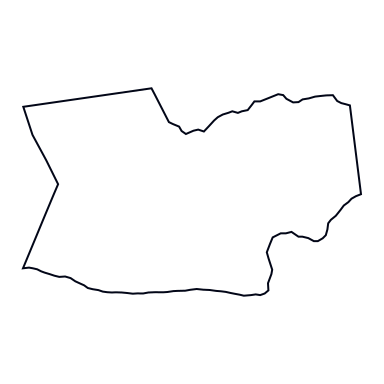 São José da Lagoa Tapada, Paraíba, Brazil
{"feature_id": "56859067B38377179497869", "entity_name": "São José da Lagoa Tapada", "entity_type": "district", "adm_level": 2, "iso_a3": "BRA", "parent_name": "Brazil", "parent_adm1": "Paraíba", "projection": "robinson", "projection_center": [-38.124, -6.942], "detail": "fine", "context": "isolated", "style": "outline", "palette": "ink", "viewbox_px": 384, "rotation_deg": 0, "n_neighbors": 0, "source": "geoboundaries", "source_scale": "gbopen_adm2", "svg_char_len": 1577}
<svg xmlns="http://www.w3.org/2000/svg" viewBox="0 0 384 384"><path d="M251.0,295.1L255.7,294.4L260.2,295.1L264.7,293.5L268.4,290.4L268.0,283.2L271.4,274.1L272.2,269.7L268.6,258.6L266.8,252.3L270.0,243.9L272.7,237.4L280.8,233.3L286.0,233.3L291.5,231.9L298.5,236.7L302.5,236.7L308.3,238.1L313.8,241.1L317.9,241.1L322.7,238.3L325.8,235.2L327.4,229.5L328.2,223.3L330.9,219.8L335.8,215.8L340.3,210.2L343.8,205.5L348.4,202.1L351.5,198.7L355.9,196.2L361.0,194.2L349.9,105.4L345.6,104.2L341.3,103.1L337.2,101.0L332.9,95.2L326.2,95.4L320.4,96.0L315.1,96.6L308.8,98.4L302.6,99.4L298.5,102.1L293.1,102.4L286.4,98.8L283.2,95.1L278.2,94.2L267.0,98.7L260.2,101.4L254.4,101.4L251.8,104.9L247.7,110.1L241.8,111.3L237.9,112.9L232.3,111.3L228.4,112.8L222.8,114.5L217.8,117.2L214.1,120.5L208.8,126.3L203.9,131.5L198.2,129.6L193.5,130.7L185.9,134.0L181.6,131.0L179.1,126.6L172.8,124.0L168.9,122.1L154.7,94.4L151.5,88.3L116.9,93.3L23.3,106.8L32.5,134.9L46.3,160.4L58.1,184.2L54.2,193.3L51.0,200.9L43.9,217.9L36.2,236.5L23.0,268.3L29.0,267.6L32.9,268.3L37.2,269.3L41.1,271.3L44.6,272.6L49.9,274.2L54.4,275.7L59.3,276.9L65.1,276.5L70.6,278.1L75.3,281.3L80.3,283.6L84.1,285.3L87.8,288.0L92.7,289.2L98.4,290.1L102.8,291.6L107.2,292.2L111.9,292.5L115.7,292.3L121.7,292.5L127.1,293.0L132.8,293.7L137.4,293.4L143.0,293.5L148.4,292.5L155.2,292.2L162.9,292.3L167.4,292.0L173.4,291.1L177.5,290.9L185.3,290.7L190.2,289.8L196.7,289.0L203.3,289.7L209.8,290.0L216.1,290.9L221.1,291.3L225.8,291.9L230.7,293.0L234.8,293.8L239.7,294.7L243.8,295.7L251.0,295.1Z" fill="none" stroke="#020617" stroke-width="2"/></svg>